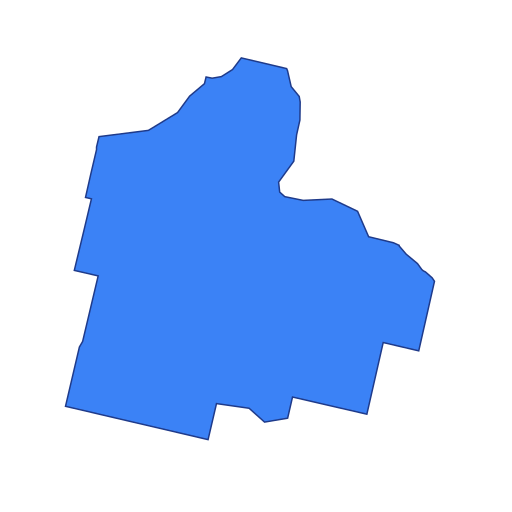 outline of Dakota, Minnesota, United States of America, rotated 13°
{"feature_id": "52423323B20975718145591", "entity_name": "Dakota", "entity_type": "district", "adm_level": 2, "iso_a3": "USA", "parent_name": "United States of America", "parent_adm1": "Minnesota", "projection": "albers", "projection_center": [-93.038, 44.696], "detail": "fine", "context": "isolated", "style": "filled", "palette": "blue", "viewbox_px": 512, "rotation_deg": 13, "n_neighbors": 0, "source": "geoboundaries", "source_scale": "gbopen_adm2", "svg_char_len": 823}
<svg xmlns="http://www.w3.org/2000/svg" viewBox="0 0 512 512"><g transform="rotate(13 256 256)"><path d="M250.6,445.7L250.7,408.7L283.5,405.9L301.7,415.9L323.3,406.9L323.3,385.2L399.6,385.2L399.4,311.7L435.9,311.8L435.6,240.5L432.5,237.6L424.7,233.4L422.3,232.8L420.6,231.9L415.1,227.1L402.0,220.5L393.2,214.0L393.1,213.4L387.1,212.2L361.4,211.9L344.9,189.6L317.2,183.4L289.5,191.2L270.7,191.7L264.7,188.4L261.4,178.9L271.5,155.1L268.3,128.8L268.2,113.7L264.4,96.0L262.2,90.8L252.2,83.1L245.0,68.3L243.7,66.5L197.1,66.3L191.2,79.6L181.9,89.0L173.3,92.6L167.1,92.8L167.0,99.7L155.4,115.1L147.3,133.9L122.9,157.8L76.2,175.0L76.1,185.7L76.7,188.3L76.6,212.8L76.7,237.3L82.8,237.3L82.6,267.9L82.2,310.9L106.7,310.9L106.3,378.3L104.4,384.4L104.2,445.3L250.6,445.7Z" fill="#3b82f6" stroke="#1e3a8a" stroke-width="1.5"/></g></svg>